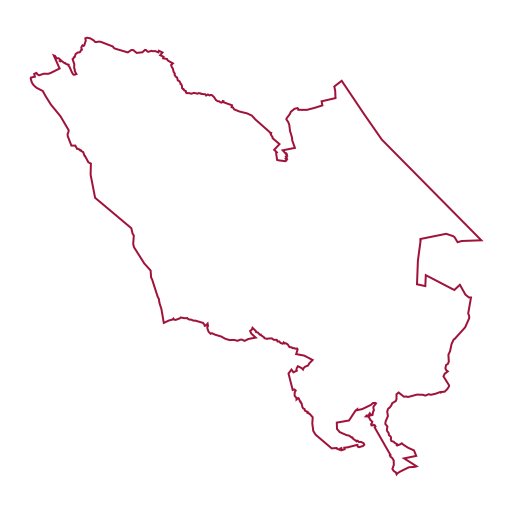 Tula de Allende, Hidalgo, Mexico
{"feature_id": "50627088B26454050476732", "entity_name": "Tula de Allende", "entity_type": "district", "adm_level": 2, "iso_a3": "MEX", "parent_name": "Mexico", "parent_adm1": "Hidalgo", "projection": "orthographic", "projection_center": [-99.373, 20.05], "detail": "fine", "context": "isolated", "style": "outline", "palette": "rose", "viewbox_px": 512, "rotation_deg": 0, "n_neighbors": 0, "source": "geoboundaries", "source_scale": "gbopen_adm2", "svg_char_len": 5916}
<svg xmlns="http://www.w3.org/2000/svg" viewBox="0 0 512 512"><path d="M84.6,156.0L85.0,156.0L88.4,162.3L90.9,163.6L90.6,174.7L95.1,197.8L131.3,228.2L132.6,233.7L133.8,235.5L133.2,244.1L134.0,247.2L144.3,263.5L150.6,270.5L151.1,277.5L152.1,279.4L157.7,296.8L158.8,298.8L159.5,303.1L161.4,309.0L163.8,322.9L168.9,320.5L172.3,319.6L173.4,318.6L174.0,319.6L175.7,319.9L179.9,318.3L180.7,317.5L184.5,318.2L187.3,318.1L187.5,318.6L189.5,319.6L191.0,319.6L193.7,320.7L195.3,320.6L203.0,322.9L204.4,324.7L204.7,325.8L205.8,325.6L207.6,323.6L208.0,325.9L207.3,327.5L207.5,328.8L208.6,331.8L210.6,333.8L211.9,333.2L215.4,334.8L221.2,336.5L225.1,338.7L229.6,340.1L234.0,339.9L237.6,340.8L240.2,339.7L242.2,339.7L244.5,340.9L248.3,339.0L255.7,337.6L251.4,333.7L250.1,331.0L252.0,329.4L252.5,327.8L255.8,331.0L256.1,332.1L257.8,332.5L259.9,334.7L260.8,334.6L260.9,335.2L263.8,337.1L264.5,338.2L267.1,338.9L268.4,338.5L271.8,338.4L273.8,339.8L276.8,339.9L277.5,341.5L279.1,341.4L280.7,343.1L282.8,343.7L283.7,342.4L284.7,343.5L285.8,343.2L287.7,344.4L289.5,347.1L291.6,347.3L292.4,348.1L294.4,348.2L295.2,348.7L297.0,348.5L297.6,349.3L296.2,354.1L304.2,355.6L312.6,360.0L309.2,363.4L308.1,365.5L304.9,366.8L303.5,368.3L303.0,369.5L301.8,368.2L297.9,366.2L296.7,368.3L296.4,369.9L296.8,370.7L293.4,372.3L291.5,369.6L288.5,373.5L292.7,390.0L294.3,389.4L295.7,390.5L294.7,392.4L294.6,394.6L294.7,395.9L296.5,398.0L296.5,399.5L298.2,398.1L298.8,398.5L300.1,401.6L300.6,401.6L301.1,403.1L301.6,403.4L302.4,407.1L303.3,408.5L304.5,409.0L305.0,410.7L307.4,411.8L308.1,412.4L307.6,412.9L309.8,414.0L312.7,417.3L312.3,423.6L313.3,431.0L315.6,434.7L331.7,448.4L336.6,448.0L336.7,448.6L339.7,449.8L340.1,448.6L341.3,448.1L341.6,450.2L344.6,449.2L344.3,447.7L347.8,447.3L355.9,445.2L357.4,444.9L357.8,446.6L359.0,447.2L363.0,446.0L364.3,444.8L363.6,443.2L361.0,441.9L358.9,442.0L357.7,440.8L357.0,440.7L356.6,441.3L352.4,438.2L352.5,437.5L350.6,436.8L349.3,435.7L346.5,435.1L339.7,432.1L337.0,428.9L336.8,422.6L349.0,420.5L355.6,410.5L357.1,409.4L357.0,410.2L362.2,409.1L370.9,404.9L373.0,403.0L375.3,402.9L376.0,403.4L373.5,406.6L373.4,408.0L373.9,410.4L373.2,411.4L372.5,415.0L371.1,415.3L371.2,414.6L370.5,414.4L369.8,413.3L369.2,414.2L369.8,415.4L369.5,415.7L366.8,415.4L365.9,416.4L368.6,416.6L370.4,420.0L372.3,421.7L371.6,424.0L371.1,424.2L371.5,425.4L373.4,425.3L373.9,424.8L374.8,425.3L375.5,426.5L374.7,427.5L390.0,454.2L389.9,455.2L390.5,455.2L390.4,456.6L392.2,458.0L393.7,460.5L393.8,465.0L392.4,468.9L393.7,471.0L396.0,472.5L396.6,474.3L397.4,473.3L400.1,471.6L408.8,467.3L415.0,466.8L416.6,466.3L404.1,458.4L416.2,455.9L414.0,450.4L408.2,447.8L403.2,444.6L401.8,443.3L400.1,444.4L397.1,445.5L396.7,445.2L397.1,444.2L394.4,442.6L393.8,441.8L391.4,441.0L390.8,439.5L391.1,438.0L390.6,436.5L389.0,435.2L388.6,433.0L387.1,430.9L386.9,429.6L387.4,426.5L385.3,423.9L385.6,421.5L387.9,416.1L387.2,411.4L388.2,408.6L389.7,407.6L391.3,405.4L392.2,403.2L395.8,401.0L396.5,399.1L396.5,394.3L398.6,392.5L403.9,396.7L406.4,396.5L408.0,397.0L417.0,394.6L423.0,394.8L425.3,395.6L428.7,394.2L430.9,394.8L435.7,393.7L440.0,392.1L441.0,392.0L441.0,392.4L442.7,391.8L444.6,391.7L447.2,389.2L448.9,386.6L449.1,385.4L443.5,376.4L444.7,373.7L447.8,371.4L446.1,370.0L445.4,368.2L446.1,365.1L448.0,363.7L448.8,361.5L448.4,354.7L450.0,351.3L451.6,343.9L453.7,339.5L454.6,339.0L465.1,327.4L469.2,318.2L469.2,316.3L468.2,313.4L471.0,297.5L468.8,297.4L465.4,294.6L459.9,284.8L454.3,290.0L425.8,275.2L425.3,286.1L417.0,284.3L417.9,260.7L420.7,239.8L420.4,240.0L420.4,239.0L446.2,233.8L453.3,236.2L454.5,237.1L457.6,242.2L461.7,241.0L481.3,240.3L381.8,139.6L364.2,114.3L341.7,80.8L334.3,86.5L335.2,90.9L335.5,98.1L321.6,101.3L322.4,105.4L314.1,108.0L306.7,109.9L298.3,109.8L298.1,108.6L297.5,108.1L294.5,108.8L290.8,111.8L289.9,114.0L286.5,118.5L286.4,119.5L288.2,122.0L289.3,124.9L290.0,130.9L292.0,137.5L292.2,140.3L294.9,147.9L282.7,150.3L285.8,153.7L286.3,153.4L286.8,154.2L286.3,154.5L287.1,156.0L285.9,156.6L286.7,157.9L286.0,158.3L286.6,158.9L286.0,159.1L286.7,159.8L286.3,160.6L285.3,161.2L278.4,160.3L277.1,159.9L276.1,153.0L276.9,152.4L274.2,149.8L279.5,144.1L272.6,138.2L272.6,137.2L270.8,134.5L271.1,133.1L270.4,133.2L269.8,132.2L255.3,119.4L251.9,115.6L247.1,113.4L239.4,111.5L234.2,109.4L232.9,107.4L231.6,107.2L232.0,105.3L223.4,102.2L223.5,101.2L222.8,101.0L222.5,101.8L221.6,102.6L220.4,102.3L219.3,101.4L217.7,101.2L215.9,100.0L214.1,97.2L211.9,95.1L211.0,94.9L209.4,95.4L207.9,94.5L206.1,95.5L205.3,94.3L201.1,93.9L200.7,93.4L198.5,93.1L197.6,93.7L194.1,92.9L191.4,93.7L188.9,93.1L186.6,93.1L186.0,92.5L185.8,91.0L184.2,90.4L183.5,89.0L183.0,89.1L182.1,88.2L181.9,85.7L181.2,84.3L180.5,84.0L180.3,82.7L179.4,81.2L177.8,80.4L177.1,77.6L175.7,76.6L174.6,74.9L174.8,73.6L173.6,71.9L172.9,68.6L171.9,67.3L171.1,65.0L172.9,63.4L168.4,60.9L167.5,60.1L167.0,59.0L163.1,58.3L163.6,56.8L160.2,55.2L162.5,52.5L158.9,50.8L158.4,52.4L155.3,51.1L152.5,51.2L151.5,50.8L148.3,51.8L147.4,51.5L146.1,50.1L145.0,49.9L142.3,52.3L136.6,52.9L133.3,50.1L131.4,50.0L127.8,52.4L114.9,48.6L113.5,47.6L112.9,46.5L100.7,41.8L98.4,41.6L96.5,42.1L95.1,41.9L93.8,40.5L90.4,38.4L87.0,37.7L85.3,38.4L85.8,40.5L84.2,45.5L83.6,45.9L82.5,45.3L81.8,46.3L81.3,47.7L81.9,49.7L80.9,50.2L80.3,51.8L79.2,52.4L77.8,52.5L75.6,54.0L74.7,57.0L73.8,57.3L73.6,58.2L72.6,59.1L74.3,64.4L74.1,67.9L74.9,69.9L74.7,70.9L76.4,74.1L74.0,74.8L73.3,74.5L72.0,72.5L69.5,66.9L68.4,65.5L68.6,64.7L66.3,64.1L65.1,63.0L64.6,63.2L61.7,61.0L60.3,61.4L59.9,61.1L61.1,60.5L59.2,58.7L58.4,58.2L56.6,58.4L55.1,56.0L53.8,55.5L59.6,68.5L50.4,73.1L48.1,73.8L43.9,73.7L39.1,75.3L37.4,74.3L36.4,72.9L34.2,73.9L34.9,76.7L30.9,77.6L30.7,78.6L31.8,82.4L33.3,84.8L35.0,86.5L36.7,87.9L42.8,91.0L45.2,95.5L50.9,104.6L60.5,116.3L68.6,130.1L68.6,131.4L67.6,134.1L67.7,136.0L71.4,145.6L75.3,145.6L77.1,148.9L78.3,148.9L80.5,150.1L80.2,150.4L83.2,152.1L84.6,156.0Z" fill="none" stroke="#9f1239" stroke-width="2"/></svg>